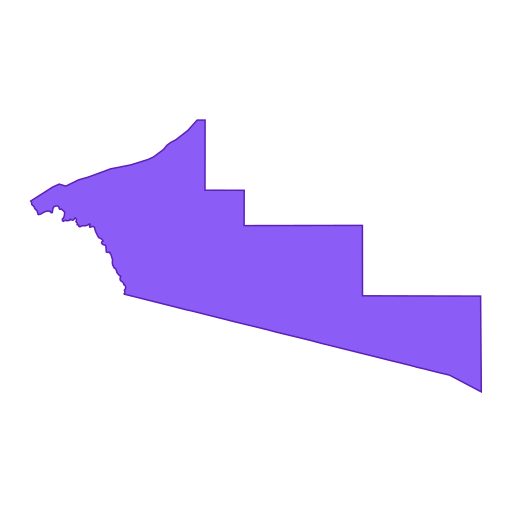 Gogebic, Michigan, United States of America (Equal Earth projection)
{"feature_id": "52423323B42798401183733", "entity_name": "Gogebic", "entity_type": "district", "adm_level": 2, "iso_a3": "USA", "parent_name": "United States of America", "parent_adm1": "Michigan", "projection": "equal_earth", "projection_center": [-90.104, 46.431], "detail": "fine", "context": "isolated", "style": "filled", "palette": "violet", "viewbox_px": 512, "rotation_deg": 0, "n_neighbors": 0, "source": "geoboundaries", "source_scale": "gbopen_adm2", "svg_char_len": 2236}
<svg xmlns="http://www.w3.org/2000/svg" viewBox="0 0 512 512"><path d="M480.6,296.1L362.5,295.8L362.4,225.4L244.1,225.6L244.2,190.3L205.0,190.2L205.1,120.1L197.2,120.1L196.2,121.1L188.0,130.3L175.8,139.8L170.6,142.5L166.8,145.4L163.6,149.4L153.4,157.0L148.0,159.5L130.7,164.9L110.7,168.8L87.6,177.3L78.9,179.7L65.8,186.1L59.2,184.1L52.7,187.0L30.7,201.0L31.5,202.2L31.8,204.6L34.0,206.6L34.7,208.5L35.8,209.8L36.3,209.8L36.8,210.5L37.8,213.1L37.9,214.1L38.5,214.6L40.4,214.2L44.5,211.9L45.9,211.4L48.5,211.0L49.7,211.5L49.9,211.4L50.4,211.5L51.0,212.6L51.7,212.8L52.1,212.7L52.3,212.4L52.9,208.7L53.9,206.7L56.3,205.9L57.9,206.2L59.2,207.4L59.1,208.3L59.5,209.1L60.1,209.3L61.5,209.1L64.5,211.9L64.6,212.9L64.2,216.2L63.3,218.2L62.3,219.1L62.5,220.8L63.5,221.3L63.9,220.9L65.5,220.4L65.8,220.3L66.8,220.8L68.4,220.6L69.7,220.2L69.7,219.8L70.1,219.3L72.4,220.2L73.1,220.2L74.5,218.8L74.7,218.2L75.1,217.9L76.5,219.3L76.7,219.8L75.9,221.6L77.2,223.1L77.2,223.5L77.2,224.0L77.1,224.5L77.3,224.9L77.8,224.9L78.4,224.9L78.9,225.3L78.9,225.8L78.8,226.3L79.5,226.7L80.3,226.7L80.9,226.4L81.4,225.9L84.2,225.7L84.9,225.9L85.7,225.7L88.0,225.0L89.4,223.9L89.8,223.9L90.1,224.6L89.6,226.0L89.6,226.5L89.8,227.2L90.3,227.2L92.3,226.5L92.9,226.5L94.2,227.1L94.7,227.9L94.7,228.6L95.7,231.8L98.1,236.7L98.8,237.6L101.5,239.0L102.8,240.5L103.0,240.8L102.7,241.3L101.9,241.8L101.5,242.8L102.3,244.1L102.8,244.5L105.6,245.4L105.9,246.9L106.3,252.0L107.4,252.4L109.8,252.3L109.8,252.5L109.9,253.2L110.9,254.5L112.4,259.3L112.5,260.2L112.3,262.9L112.6,264.8L114.2,268.0L115.6,268.8L116.1,269.7L116.9,272.5L118.5,274.6L119.8,275.8L120.2,275.8L120.7,276.2L120.0,278.7L120.2,280.0L121.1,281.1L122.5,282.0L123.7,283.4L123.7,283.7L123.7,284.3L123.9,284.8L124.3,284.9L124.7,284.9L124.9,285.1L125.6,286.8L125.6,288.6L125.4,289.1L124.7,289.5L124.4,290.3L124.5,290.9L124.7,291.3L125.0,292.0L124.7,293.1L124.2,293.5L124.2,294.1L124.4,294.2L184.8,309.4L188.0,310.2L190.8,310.7L191.4,310.9L236.7,322.3L267.3,329.7L276.5,332.2L309.6,340.2L321.6,343.4L390.8,360.6L408.8,365.0L409.3,365.1L413.3,366.2L414.0,366.3L414.7,366.6L416.8,367.2L425.6,369.2L427.2,369.7L438.8,372.6L449.4,375.1L481.3,391.9L480.6,296.1Z" fill="#8b5cf6" stroke="#5b21b6" stroke-width="1.5"/></svg>